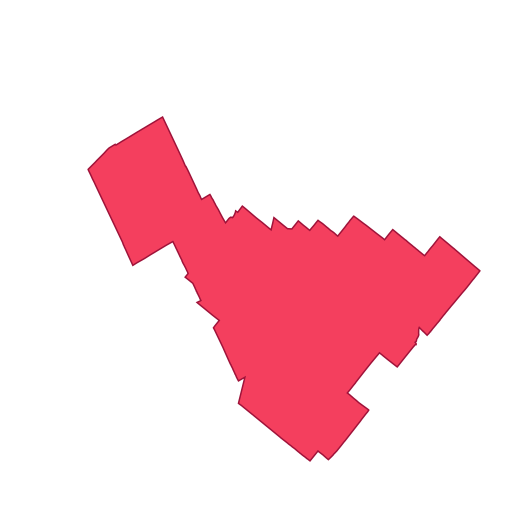 outline of Motatei, Dolj, Romania, rotated 128°
{"feature_id": "2599482B85441344014626", "entity_name": "Motatei", "entity_type": "district", "adm_level": 2, "iso_a3": "ROU", "parent_name": "Romania", "parent_adm1": "Dolj", "projection": "equal_earth", "projection_center": [23.194, 44.054], "detail": "fine", "context": "isolated", "style": "filled", "palette": "rose", "viewbox_px": 512, "rotation_deg": 128, "n_neighbors": 0, "source": "geoboundaries", "source_scale": "gbopen_adm2", "svg_char_len": 5912}
<svg xmlns="http://www.w3.org/2000/svg" viewBox="0 0 512 512"><g transform="rotate(128 256 256)"><path d="M291.1,441.6L291.5,441.0L294.0,435.9L295.9,432.3L297.5,428.9L299.1,425.8L313.2,397.8L317.0,390.2L327.3,369.7L328.9,367.2L329.2,366.4L330.0,365.1L330.9,363.2L334.4,356.6L338.0,349.6L339.2,347.3L334.5,345.6L332.1,344.6L329.5,343.5L326.3,342.2L323.2,341.1L319.6,339.8L315.0,338.0L313.1,337.3L302.4,333.2L300.5,332.4L295.8,330.4L295.9,330.0L296.3,329.4L296.7,328.6L296.8,328.3L298.8,324.3L299.1,323.8L299.9,322.0L300.0,321.9L300.4,321.1L300.5,321.0L300.7,320.4L301.0,319.9L302.0,317.9L302.6,316.7L303.0,316.0L303.4,315.1L303.5,314.9L303.6,314.7L304.6,312.6L304.7,312.3L305.0,311.8L305.6,311.0L306.0,310.2L306.4,309.5L307.5,306.9L307.9,306.0L308.5,304.7L308.9,303.8L309.5,302.7L310.1,301.5L310.7,300.2L311.2,299.4L311.3,299.3L311.4,299.0L311.6,298.7L316.3,298.8L316.3,297.3L316.3,296.2L316.3,295.2L316.3,294.6L316.4,290.9L316.4,289.0L318.3,285.2L318.6,284.5L318.8,284.3L319.7,282.6L320.1,281.7L320.4,281.5L320.4,281.3L320.7,280.5L321.0,279.8L321.3,279.7L321.3,279.4L322.1,277.8L323.1,275.7L324.3,273.5L324.6,272.9L324.8,272.4L325.0,272.0L325.4,272.2L326.0,272.4L326.5,272.7L327.9,273.4L328.9,273.9L329.0,272.5L329.1,266.3L329.4,253.8L329.4,247.7L329.4,245.3L336.4,245.4L338.8,245.3L339.6,243.4L348.4,225.7L350.3,222.2L354.5,214.3L356.7,210.1L357.0,209.5L357.0,209.3L357.0,209.1L357.3,208.7L357.7,208.0L358.7,205.8L359.1,205.0L359.5,204.4L360.8,201.8L361.4,200.7L361.6,200.3L361.8,199.9L362.1,199.5L362.1,199.3L362.4,198.6L362.8,197.9L363.3,197.1L363.7,196.3L363.9,195.8L364.5,194.6L365.2,192.9L361.7,191.5L358.4,190.1L382.9,179.1L382.9,178.1L382.8,176.0L383.2,156.1L383.9,125.6L384.0,124.6L384.0,122.9L384.0,121.9L384.0,119.1L384.0,118.4L384.0,115.5L384.1,114.9L384.0,111.1L384.1,109.8L384.0,107.4L384.0,106.5L384.1,104.7L384.2,102.4L384.2,102.0L384.2,101.3L384.2,100.7L384.3,99.8L384.2,99.2L384.3,98.1L384.3,97.2L384.3,96.7L384.3,96.0L384.3,95.0L384.2,94.8L384.2,93.9L384.3,92.9L384.2,92.5L384.3,91.7L384.3,91.2L384.3,90.8L384.2,90.5L384.2,87.3L371.5,87.1L371.6,86.1L371.5,81.0L371.8,76.6L371.9,73.6L368.5,73.1L366.9,72.9L364.9,72.7L364.3,72.8L362.1,72.5L360.8,72.4L360.1,72.3L358.8,72.3L353.0,72.2L348.3,72.2L346.9,72.1L345.0,72.1L343.7,72.1L340.3,72.1L336.6,72.1L335.3,72.1L332.5,72.1L331.2,72.1L328.0,72.1L327.3,72.1L326.6,72.2L326.3,72.1L325.8,72.1L321.5,72.1L319.9,72.2L318.6,72.2L318.0,72.2L312.8,72.2L309.8,72.1L309.7,72.2L308.3,72.2L308.0,72.3L307.9,72.5L308.3,84.8L308.1,87.4L308.0,91.5L307.7,96.9L307.7,99.7L303.8,99.6L298.2,99.6L294.6,99.5L294.4,99.6L293.4,99.6L282.8,99.6L279.2,99.6L269.2,99.5L256.3,99.1L256.5,88.4L256.5,83.2L256.5,78.7L256.5,76.7L256.4,76.5L256.4,76.4L243.6,76.3L231.0,76.1L227.9,75.9L227.5,75.7L227.2,75.3L226.4,76.0L226.0,77.5L224.4,77.2L223.2,77.9L222.4,78.2L220.2,78.5L218.9,78.8L217.9,79.2L216.6,80.4L213.8,82.5L212.2,83.3L211.8,83.4L212.5,78.1L212.4,78.1L212.8,74.8L213.1,72.4L212.5,72.4L212.2,72.3L210.8,72.1L210.3,72.1L209.7,72.1L208.4,72.1L208.2,71.9L208.0,72.0L207.6,72.0L206.8,72.0L206.5,71.9L206.2,72.0L205.1,72.0L204.4,72.0L202.0,71.9L201.6,71.9L199.6,71.8L198.8,71.8L197.5,71.8L197.1,71.8L196.8,71.7L195.7,71.7L193.9,71.6L193.4,71.6L193.1,71.6L192.6,71.8L192.2,71.8L191.6,71.7L190.6,71.7L190.0,71.7L187.0,71.7L186.3,71.6L184.3,71.6L182.7,71.6L180.9,71.5L180.3,71.5L179.5,71.5L176.8,71.4L175.6,71.4L171.4,71.2L167.5,71.1L164.2,71.0L158.0,70.8L154.4,70.6L150.4,70.5L141.1,70.5L140.0,70.4L139.1,70.4L138.7,70.4L137.9,70.4L137.5,70.4L136.8,70.4L134.3,70.4L134.1,70.4L133.7,70.4L133.1,70.4L131.2,70.4L130.7,70.4L130.0,70.4L129.8,70.5L129.7,73.1L129.6,76.0L129.6,77.3L129.5,78.5L129.4,81.3L129.1,88.1L128.8,94.7L128.6,98.3L128.4,103.2L128.3,104.1L128.3,105.7L128.2,109.3L128.1,111.6L127.8,121.2L127.7,122.3L127.7,123.0L130.4,123.1L139.6,123.1L140.8,123.2L144.2,123.3L146.8,123.2L148.4,123.3L151.9,123.3L152.0,124.4L152.0,125.1L151.9,129.1L151.9,130.7L151.8,132.2L151.8,132.6L151.8,134.5L151.7,135.6L151.7,137.0L151.7,138.1L151.6,140.1L151.6,140.9L151.6,141.6L151.5,145.0L151.4,146.1L151.3,147.7L151.4,148.4L151.4,149.1L151.3,151.5L151.3,153.4L151.2,156.6L151.2,158.0L151.1,160.3L151.0,164.5L156.7,164.7L164.0,164.7L163.9,167.3L164.0,174.2L164.0,177.5L164.0,180.6L164.0,183.6L164.0,188.2L164.1,190.3L164.2,195.9L164.2,197.8L164.4,203.5L164.6,203.6L165.2,203.6L168.1,203.7L170.5,203.8L171.3,203.7L175.9,203.8L177.4,203.7L178.8,203.7L187.1,203.8L190.0,203.8L189.9,206.2L189.7,208.6L189.7,210.7L189.8,211.6L189.9,212.9L189.8,214.8L189.7,215.9L189.7,216.8L189.7,218.0L189.6,220.6L189.5,222.5L189.5,223.8L189.7,227.0L189.7,229.1L192.8,229.2L196.4,229.2L200.4,229.4L202.7,229.4L202.7,231.4L202.6,234.1L202.6,237.4L202.5,239.7L202.3,244.3L211.0,244.4L212.6,244.4L215.1,248.0L214.7,265.5L220.6,262.7L222.4,261.9L226.1,260.2L226.1,260.9L226.1,262.3L226.0,265.8L225.9,268.5L225.9,269.2L225.8,271.4L225.8,279.3L225.2,292.8L225.1,296.0L225.1,297.5L232.8,297.3L233.0,299.8L233.5,299.5L235.0,298.9L236.8,298.4L237.9,298.2L239.1,298.1L239.8,298.0L240.2,298.1L240.2,298.6L240.3,298.9L240.6,299.1L241.0,299.3L241.1,299.9L241.5,300.0L242.2,300.2L243.1,300.4L245.4,300.4L246.3,300.4L248.6,300.4L248.2,301.6L246.5,305.8L244.4,310.5L243.6,312.2L242.7,314.1L242.4,314.8L242.1,315.7L241.7,316.6L240.9,318.8L240.2,320.1L239.6,321.5L239.0,322.8L238.7,323.4L238.3,324.1L238.0,325.1L237.6,326.2L237.2,327.3L236.7,328.1L236.4,328.9L235.9,330.2L237.4,330.8L244.9,333.7L244.4,334.9L243.0,337.4L241.5,340.9L239.8,344.0L230.9,361.5L228.7,366.1L228.6,366.4L228.8,366.5L228.7,366.9L225.5,372.7L220.6,382.3L209.8,403.7L204.0,415.2L210.3,417.7L212.5,418.5L217.6,420.5L231.0,425.7L236.6,427.8L245.8,431.3L249.1,432.6L251.2,433.3L252.4,433.8L253.7,434.2L254.4,434.5L254.7,434.7L254.9,435.1L255.0,435.7L254.9,435.8L257.7,436.9L261.1,438.2L262.0,438.4L264.3,438.7L265.6,438.8L268.5,439.0L278.4,440.2L281.8,440.5L284.9,440.9L290.7,441.6L291.1,441.6Z" fill="#f43f5e" stroke="#9f1239" stroke-width="1.5"/></g></svg>